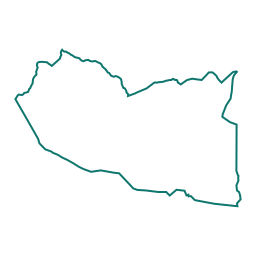 San Bernardo Mixtepec, Oaxaca, Mexico (Robinson projection)
{"feature_id": "50627088B25547762924420", "entity_name": "San Bernardo Mixtepec", "entity_type": "district", "adm_level": 2, "iso_a3": "MEX", "parent_name": "Mexico", "parent_adm1": "Oaxaca", "projection": "robinson", "projection_center": [-96.925, 16.845], "detail": "fine", "context": "isolated", "style": "outline", "palette": "teal", "viewbox_px": 256, "rotation_deg": 0, "n_neighbors": 0, "source": "geoboundaries", "source_scale": "gbopen_adm2", "svg_char_len": 2670}
<svg xmlns="http://www.w3.org/2000/svg" viewBox="0 0 256 256"><path d="M237.4,71.1L236.8,71.6L236.0,71.5L235.2,71.6L233.8,71.9L232.8,72.2L221.5,82.6L218.6,79.6L217.3,77.7L217.0,77.2L216.8,76.4L215.2,74.6L212.8,72.6L211.9,72.3L208.7,72.5L206.5,75.0L201.7,80.0L196.4,79.3L192.1,78.7L186.9,80.1L180.8,84.4L177.8,82.5L177.7,81.6L177.1,80.3L176.7,80.0L176.1,80.0L175.2,80.0L174.6,79.8L174.4,79.4L174.0,79.3L172.8,78.8L172.7,78.8L171.7,79.8L170.7,80.1L169.9,80.0L165.3,80.9L164.7,81.3L163.7,81.5L162.9,81.9L161.4,81.9L160.8,82.0L160.0,82.2L159.4,82.1L159.1,82.1L156.4,82.7L155.3,82.4L155.0,82.4L153.9,82.9L146.6,88.4L136.4,92.7L135.4,93.3L128.0,96.0L128.2,94.5L128.0,94.0L127.8,93.7L126.8,92.9L126.5,92.3L126.3,90.9L124.8,88.3L123.3,87.9L121.7,83.9L121.7,82.1L121.1,79.4L120.6,78.7L119.0,77.5L118.1,77.0L117.7,76.7L117.0,76.6L116.2,76.2L115.4,76.1L113.7,76.7L113.4,76.6L112.0,76.1L111.2,75.7L110.9,75.5L109.8,73.9L109.1,72.9L107.7,72.5L106.6,70.6L106.4,70.3L106.0,70.1L105.6,69.4L105.3,69.0L104.1,68.2L103.2,67.1L102.5,66.7L102.3,66.4L102.0,65.7L101.4,64.3L101.0,64.0L99.7,63.0L99.2,62.8L98.3,62.6L96.4,61.5L95.1,61.0L94.3,61.0L93.5,61.3L93.1,61.4L92.6,61.4L91.1,61.3L89.6,60.8L88.4,59.9L88.0,59.9L87.1,60.0L85.2,60.4L84.4,60.7L83.8,61.2L82.5,61.0L81.4,60.4L80.3,59.5L79.8,58.7L78.9,58.1L75.0,57.2L74.6,57.0L73.7,56.3L71.7,55.0L70.8,54.7L70.3,54.3L69.4,53.4L68.4,53.1L67.8,52.8L67.3,52.5L66.3,51.7L65.7,51.6L64.4,51.7L62.9,50.6L62.4,50.2L62.1,49.8L61.9,50.1L61.6,50.5L61.4,51.0L61.1,51.5L60.9,52.0L60.8,52.6L60.9,53.2L61.0,53.8L61.2,54.3L61.3,54.8L61.3,55.3L60.3,56.8L60.1,58.5L51.8,65.9L49.9,64.5L48.3,63.5L47.4,62.4L43.1,61.9L40.5,61.9L39.5,62.0L38.6,62.2L37.6,62.8L37.3,63.2L37.2,63.8L36.9,64.9L37.1,66.1L37.7,67.5L36.2,71.6L36.4,74.7L34.3,76.7L33.0,79.3L32.6,83.3L30.8,86.6L30.1,88.3L29.2,89.0L28.2,91.7L28.0,92.0L24.2,93.0L23.1,94.4L22.1,95.0L18.6,94.6L17.6,95.6L15.4,99.2L24.7,115.3L38.2,139.0L39.4,143.3L42.0,146.0L45.2,149.3L51.7,151.7L52.6,152.7L54.9,153.6L57.6,154.7L59.4,155.8L62.3,157.6L67.1,159.8L72.8,163.0L78.7,166.7L83.6,169.1L91.1,171.8L100.8,170.4L109.2,171.9L113.8,172.7L119.1,173.3L130.1,185.0L133.1,188.3L137.2,189.9L146.3,190.5L158.2,192.0L166.2,192.0L169.7,195.5L176.5,189.8L184.5,190.7L186.5,195.4L188.4,194.7L188.6,196.3L188.9,196.3L191.0,196.2L194.8,200.1L205.8,202.2L214.5,203.8L237.4,206.2L237.0,203.4L240.6,199.3L240.1,195.5L239.1,192.1L237.0,190.5L236.4,185.4L238.4,180.7L238.2,177.3L238.5,176.0L237.8,175.0L236.4,170.9L236.6,124.6L229.9,122.1L222.4,116.9L222.6,114.6L225.6,106.9L226.2,105.4L230.6,98.6L231.2,94.3L231.7,92.1L231.8,90.6L232.7,79.4L233.0,78.4L233.5,76.5L234.1,75.2L237.4,71.1Z" fill="none" stroke="#0f766e" stroke-width="2"/></svg>